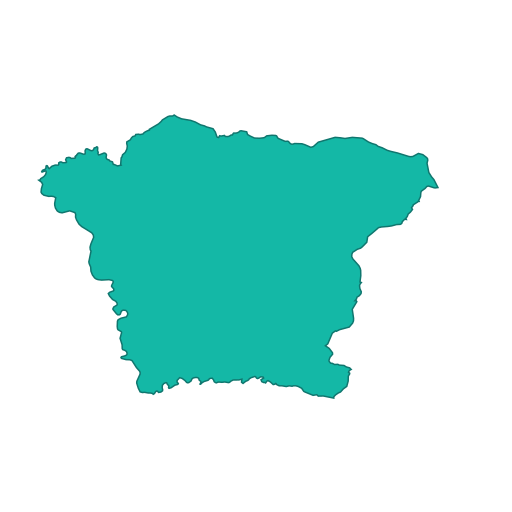 Marcabeli, El Oro, Ecuador, rotated 76°
{"feature_id": "8360857B87513516698723", "entity_name": "Marcabeli", "entity_type": "district", "adm_level": 2, "iso_a3": "ECU", "parent_name": "Ecuador", "parent_adm1": "El Oro", "projection": "equal_earth", "projection_center": [-79.934, -3.773], "detail": "fine", "context": "isolated", "style": "filled", "palette": "teal", "viewbox_px": 512, "rotation_deg": 76, "n_neighbors": 0, "source": "geoboundaries", "source_scale": "gbopen_adm2", "svg_char_len": 6133}
<svg xmlns="http://www.w3.org/2000/svg" viewBox="0 0 512 512"><g transform="rotate(76 256 256)"><path d="M175.0,116.1L172.6,119.3L168.1,123.5L167.3,124.6L164.2,133.8L163.5,141.2L161.7,145.6L160.0,150.5L160.6,168.0L163.7,173.9L163.8,176.5L159.8,181.7L158.2,184.3L156.2,191.3L156.4,193.1L156.0,194.6L155.1,195.6L152.8,196.8L152.3,197.4L151.8,200.0L147.5,205.7L146.8,206.3L144.4,207.0L143.8,207.8L142.7,211.3L142.0,216.5L143.1,219.1L143.1,220.4L142.6,224.1L141.2,228.9L138.4,232.4L136.1,234.8L133.2,235.0L130.9,240.1L130.8,241.3L131.6,242.7L131.9,244.1L131.9,245.7L131.3,247.9L131.6,248.5L132.8,249.5L132.6,250.9L133.3,253.1L133.3,254.5L132.6,256.9L131.4,257.4L131.2,260.9L130.5,262.2L132.0,263.6L131.4,264.8L130.7,265.1L125.9,265.5L122.1,266.9L118.7,272.9L117.3,274.5L115.3,278.1L111.3,282.5L108.6,286.6L104.9,295.0L102.1,298.8L99.4,301.3L100.0,303.0L99.3,306.0L99.4,307.8L101.3,313.9L102.5,315.4L104.2,318.5L107.3,328.9L108.1,329.0L108.2,330.9L108.8,333.5L109.3,334.8L110.3,336.3L110.1,339.2L109.4,340.5L109.0,343.3L110.2,344.2L110.3,346.7L111.3,348.3L112.9,349.9L114.0,353.7L115.3,354.2L118.2,354.3L121.0,355.4L123.9,357.8L125.5,361.0L127.3,362.0L128.2,363.1L134.5,365.2L135.2,364.9L135.1,368.6L133.0,371.3L132.6,372.3L129.9,372.5L128.5,374.8L127.3,375.3L126.4,376.8L125.4,377.5L124.0,377.6L121.8,376.6L120.7,376.8L119.7,377.6L119.3,378.5L119.9,383.0L119.8,384.3L118.4,384.6L117.2,384.0L115.5,384.3L112.8,383.4L111.9,383.5L111.5,384.4L112.1,385.2L112.0,386.8L113.7,388.1L114.2,389.7L113.7,390.8L111.3,393.6L111.0,394.4L111.2,395.4L112.6,396.4L114.9,396.8L115.7,397.4L115.5,398.8L113.8,401.3L113.3,402.4L113.2,403.6L114.5,405.5L115.2,405.9L115.2,406.7L115.8,407.5L116.9,407.4L117.3,408.0L116.6,411.7L115.6,412.5L115.0,413.7L114.9,416.1L116.5,417.4L119.0,417.1L119.4,417.7L118.8,420.8L117.6,422.3L117.4,423.4L117.9,424.9L119.5,425.3L120.0,426.0L119.2,428.8L119.5,432.3L121.2,435.5L120.7,436.0L118.1,436.6L117.7,437.1L117.9,437.9L120.1,438.7L120.8,439.6L121.2,442.4L122.3,443.5L122.8,443.3L122.5,439.8L122.7,439.3L123.9,439.2L126.0,440.4L127.7,442.7L128.9,446.3L129.9,447.0L129.9,448.4L132.6,446.2L135.0,445.7L138.7,447.9L142.0,449.1L143.6,448.7L145.7,447.1L148.0,442.7L148.5,440.0L149.4,437.9L151.0,436.2L156.2,438.6L158.0,439.0L161.0,439.0L164.1,438.0L165.1,437.2L166.1,436.1L167.2,433.7L167.1,425.8L170.1,421.2L172.0,420.9L174.6,421.7L177.5,421.4L182.3,420.0L185.3,418.0L193.7,409.8L196.1,408.8L198.6,409.0L204.4,413.3L207.3,414.9L209.9,415.3L211.3,414.9L221.2,419.6L223.1,419.7L226.7,419.1L230.8,419.8L234.8,419.3L238.2,417.9L239.6,416.7L240.7,415.0L242.0,411.7L243.4,404.3L245.1,401.1L246.1,400.7L247.2,401.1L249.7,403.2L250.7,403.5L253.5,402.0L255.0,402.3L255.4,403.0L255.8,406.8L256.7,408.4L259.4,407.8L263.5,405.7L266.0,403.0L268.1,402.2L269.5,402.4L270.1,403.1L271.1,406.4L272.6,407.6L273.3,407.7L278.4,405.3L279.7,404.3L280.0,402.6L279.6,401.8L277.4,400.3L276.6,399.3L276.4,397.9L277.3,395.5L278.4,394.8L279.9,394.4L281.1,394.4L282.2,395.0L283.7,396.5L283.7,402.1L284.5,405.2L285.7,406.2L290.8,407.7L293.2,408.0L294.2,407.7L296.8,405.0L297.7,404.9L303.0,407.8L309.8,407.4L313.4,408.2L314.5,408.0L315.9,406.0L317.3,404.8L319.0,404.6L320.4,405.1L320.8,405.7L321.2,407.6L321.2,410.9L321.9,411.6L322.8,411.3L325.1,407.2L326.2,403.4L327.5,401.6L335.3,399.0L339.6,396.8L340.7,396.6L342.5,397.0L348.7,401.9L350.4,402.5L355.7,402.2L359.8,401.3L361.0,399.2L361.3,397.1L362.8,393.8L363.5,391.3L364.4,389.6L365.3,389.2L364.9,387.8L363.5,386.4L363.0,385.3L363.4,384.2L364.8,383.6L365.0,381.2L364.2,379.3L363.2,378.9L361.2,378.9L358.8,378.1L357.4,376.2L357.1,374.0L357.5,373.3L359.0,373.1L360.9,372.0L362.5,372.7L363.1,372.6L363.4,372.3L363.3,370.2L361.7,365.9L361.7,363.3L361.3,362.4L360.9,362.2L359.2,363.1L357.6,362.6L355.6,359.5L356.9,357.3L359.7,355.0L361.9,353.9L362.5,353.0L362.6,351.9L361.6,349.3L359.7,347.8L359.1,346.2L359.3,343.6L359.9,342.1L360.8,341.2L362.8,341.1L364.3,339.9L365.1,339.9L366.7,341.3L367.0,340.8L365.9,338.9L365.2,336.7L365.0,332.6L364.5,331.6L363.8,330.9L363.7,329.7L364.0,328.0L366.2,327.1L367.8,327.0L369.0,326.0L369.5,325.1L369.2,323.4L369.4,322.3L370.3,319.6L370.7,316.7L372.2,313.4L372.2,312.3L371.3,310.5L370.8,308.1L372.1,302.6L372.1,299.5L375.0,300.6L376.5,299.4L375.1,296.3L374.8,294.2L374.3,293.0L373.6,292.3L372.9,290.3L372.6,286.2L373.1,285.6L374.6,285.0L375.3,284.1L375.1,282.7L374.3,280.6L375.3,278.3L376.3,278.1L377.3,281.1L379.3,280.8L380.6,279.2L380.9,278.0L381.5,277.4L380.1,275.8L379.8,274.5L381.6,272.6L384.9,270.4L385.0,268.8L384.4,267.9L384.6,267.4L385.6,267.2L387.5,265.0L388.3,262.0L390.0,258.2L390.0,255.2L391.1,252.5L391.0,251.0L391.6,248.7L392.8,246.6L395.4,243.7L398.9,242.4L399.8,241.4L405.0,234.3L405.3,230.6L407.0,229.5L408.1,224.6L412.7,214.9L411.4,214.6L410.0,212.4L408.8,209.2L408.4,206.9L406.0,203.3L404.5,199.5L399.6,196.8L394.9,195.5L393.0,193.6L392.2,193.5L391.4,194.4L390.4,193.9L389.3,192.1L389.1,191.1L387.2,192.2L385.5,195.2L383.5,197.1L382.0,201.6L380.9,202.8L380.3,206.0L378.5,208.1L378.1,209.5L376.0,210.5L374.8,210.4L372.2,208.7L369.8,205.4L368.3,205.2L363.4,207.3L359.9,210.4L358.6,207.6L349.3,200.6L347.9,197.0L348.5,196.2L347.7,192.7L347.5,182.7L344.5,178.5L342.5,177.1L340.1,176.4L331.0,175.5L324.7,169.2L323.5,169.6L323.3,170.7L322.0,168.9L320.4,168.0L319.5,165.3L317.9,163.2L316.2,162.5L312.6,163.1L309.8,162.7L308.7,162.1L307.2,160.2L306.4,161.4L300.5,159.1L295.2,157.9L293.2,157.9L290.4,158.5L282.4,162.7L279.8,163.3L277.4,162.5L275.8,161.3L274.0,156.1L273.7,152.6L272.9,150.8L269.5,145.2L264.3,143.0L262.2,138.3L258.1,130.2L258.2,127.1L259.2,121.1L259.6,117.2L259.5,112.0L260.2,108.4L259.9,107.2L259.2,106.3L258.2,105.9L256.3,102.9L256.9,101.3L255.7,101.5L254.3,99.7L252.1,98.2L250.8,95.6L248.7,92.9L246.8,93.4L245.2,91.4L244.4,91.1L242.7,86.1L242.3,85.7L242.5,84.5L241.3,84.6L238.2,82.0L234.3,80.7L233.1,79.9L231.3,75.5L229.9,73.5L229.8,71.8L232.9,66.7L233.3,65.6L233.6,62.9L224.9,64.9L221.7,66.5L216.8,68.1L207.3,67.6L204.7,66.2L203.2,66.0L201.9,66.5L198.0,69.6L195.8,73.6L197.4,79.8L197.0,82.2L196.3,83.8L190.3,93.7L187.1,99.9L185.2,103.1L181.5,107.4L179.1,111.1L177.0,112.7L175.0,116.1Z" fill="#14b8a6" stroke="#0f766e" stroke-width="1.5"/></g></svg>